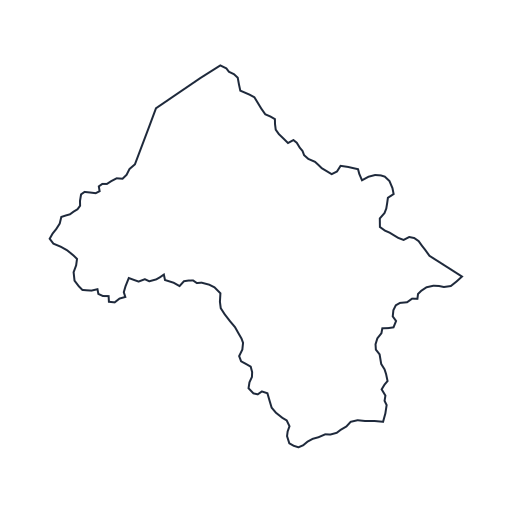 Barra de Santana, Paraíba, Brazil, rotated 6°
{"feature_id": "56859067B28014934647580", "entity_name": "Barra de Santana", "entity_type": "district", "adm_level": 2, "iso_a3": "BRA", "parent_name": "Brazil", "parent_adm1": "Paraíba", "projection": "robinson", "projection_center": [-35.963, -7.568], "detail": "fine", "context": "isolated", "style": "outline", "palette": "slate", "viewbox_px": 512, "rotation_deg": 6, "n_neighbors": 0, "source": "geoboundaries", "source_scale": "gbopen_adm2", "svg_char_len": 2679}
<svg xmlns="http://www.w3.org/2000/svg" viewBox="0 0 512 512"><g transform="rotate(6 256 256)"><path d="M272.2,393.4L276.0,390.1L281.7,391.3L284.9,399.2L287.4,405.2L292.2,409.8L299.1,414.2L303.7,416.3L307.1,421.8L305.8,427.2L305.7,431.9L308.7,438.8L313.3,440.8L318.2,441.8L322.7,439.3L326.7,435.2L331.5,431.9L337.1,429.7L343.5,426.1L348.6,425.8L354.8,423.4L358.4,420.0L363.7,416.1L367.5,411.0L374.2,408.7L381.9,408.7L391.2,407.7L399.7,407.6L401.1,399.1L401.5,390.6L399.0,386.6L399.3,381.3L394.9,375.5L397.3,370.4L399.9,366.6L397.7,359.8L395.7,355.3L391.8,350.3L389.2,340.9L385.0,336.6L384.1,331.3L385.3,325.2L388.8,319.7L389.2,314.7L395.0,313.9L400.2,312.6L402.1,306.0L398.3,301.8L398.3,295.5L400.2,290.4L404.1,287.6L411.1,286.2L415.7,282.1L421.0,281.7L421.1,276.8L424.0,273.3L428.8,269.3L435.6,267.0L441.1,266.7L446.1,267.2L452.9,265.5L458.1,260.4L463.0,254.9L428.5,237.7L423.5,232.1L419.9,228.4L416.2,224.2L411.5,221.6L406.4,221.1L401.1,224.6L395.5,223.1L390.6,220.8L386.4,218.8L381.6,217.3L376.2,214.2L375.2,205.7L379.3,199.9L380.6,195.2L380.9,190.1L381.1,184.3L386.4,180.0L384.6,174.2L380.9,167.5L375.8,163.6L371.7,162.8L366.0,163.0L359.6,165.4L353.5,169.6L350.1,163.5L348.4,159.0L344.0,158.5L338.2,157.8L330.7,157.5L327.7,163.5L322.7,166.7L316.5,163.8L312.2,161.8L308.8,159.1L304.9,156.2L297.9,154.0L293.3,150.7L291.3,146.7L288.2,143.7L284.7,139.1L281.1,136.8L276.0,140.3L271.4,136.6L266.0,132.4L262.4,128.3L261.1,122.7L260.5,117.9L255.8,115.8L250.4,114.1L245.8,108.8L237.8,98.3L232.7,96.2L227.3,94.5L223.1,93.2L221.1,87.1L219.2,80.6L215.1,77.5L209.8,75.6L206.9,72.5L200.6,70.2L182.2,84.7L141.1,119.5L136.2,138.6L126.0,177.5L121.1,182.7L118.8,188.8L115.2,193.1L109.3,193.3L104.3,196.6L100.2,199.9L95.6,200.4L92.4,203.2L93.7,207.9L90.0,210.3L84.5,210.2L78.8,210.2L75.6,213.0L75.2,219.6L75.8,224.4L73.6,228.2L70.0,230.9L66.6,234.0L62.8,235.5L58.3,237.5L57.4,244.3L54.5,250.1L51.4,254.9L49.0,260.4L53.2,264.9L60.9,267.2L67.6,270.1L74.5,274.6L78.3,277.6L78.1,284.1L76.3,291.2L78.1,299.5L82.9,304.6L86.9,307.9L91.4,307.8L96.0,307.6L101.8,305.6L103.2,310.2L107.9,311.8L113.6,311.3L114.5,316.9L120.3,316.9L124.7,312.6L130.3,310.4L128.3,305.8L129.4,299.7L131.8,291.2L136.9,292.5L141.9,293.7L147.9,290.7L152.5,292.3L159.2,289.7L162.7,287.2L166.3,284.1L168.0,289.4L172.0,290.2L176.9,291.2L183.1,293.9L187.0,288.6L191.3,287.5L196.0,286.9L200.0,289.1L204.6,288.2L212.4,289.4L218.0,291.5L224.5,296.8L224.9,305.3L226.4,311.6L230.9,317.2L236.9,323.5L242.6,329.0L246.7,334.8L250.2,339.6L252.2,343.7L252.2,350.5L249.7,357.3L252.2,362.3L257.3,364.4L262.3,366.6L264.3,371.9L264.6,376.7L262.7,382.3L262.4,388.3L267.8,392.9L272.2,393.4Z" fill="none" stroke="#1e293b" stroke-width="2"/></g></svg>